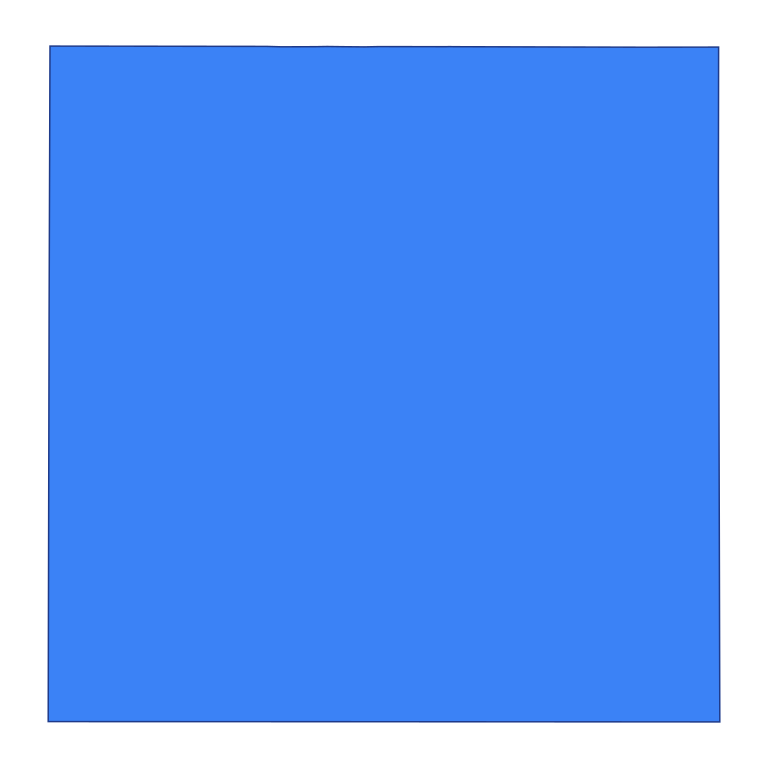 the district of Marshall, Kansas, United States of America
{"feature_id": "52423323B90330569397627", "entity_name": "Marshall", "entity_type": "district", "adm_level": 2, "iso_a3": "USA", "parent_name": "United States of America", "parent_adm1": "Kansas", "projection": "equal_earth", "projection_center": [-96.532, 39.784], "detail": "fine", "context": "isolated", "style": "filled", "palette": "blue", "viewbox_px": 768, "rotation_deg": 0, "n_neighbors": 0, "source": "geoboundaries", "source_scale": "gbopen_adm2", "svg_char_len": 388}
<svg xmlns="http://www.w3.org/2000/svg" viewBox="0 0 768 768"><path d="M48.2,721.6L314.5,721.7L315.8,721.7L719.8,721.9L718.4,181.0L718.6,47.1L645.6,47.2L641.5,47.2L453.7,46.7L449.1,46.6L446.3,46.7L378.8,46.6L364.8,46.9L342.5,46.7L327.2,46.5L315.4,46.7L314.3,46.7L287.1,46.8L280.6,46.8L266.4,46.4L50.0,46.1L49.1,315.8L48.2,721.6Z" fill="#3b82f6" stroke="#1e3a8a" stroke-width="1.5"/></svg>